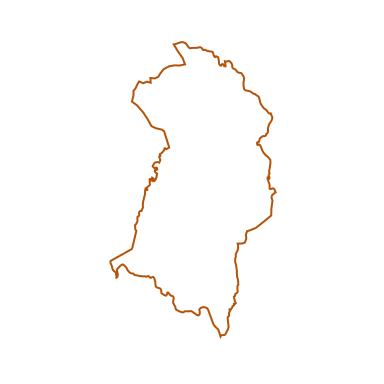 the Province of Muchinga, rotated 343°
{"feature_id": "ZMB-5511", "entity_name": "Muchinga", "entity_type": "Province", "adm_level": 1, "iso_a3": "ZMB", "parent_name": "Zambia", "parent_adm1": "", "projection": "equal_earth", "projection_center": [31.586, -11.285], "detail": "fine", "context": "isolated", "style": "outline", "palette": "amber", "viewbox_px": 384, "rotation_deg": 343, "n_neighbors": 0, "source": "natural_earth", "source_scale": "10m", "svg_char_len": 6045}
<svg xmlns="http://www.w3.org/2000/svg" viewBox="0 0 384 384"><g transform="rotate(343 192 192)"><path d="M252.7,64.2L252.8,68.2L253.0,69.1L253.5,69.7L254.2,69.2L254.7,69.2L255.8,70.4L256.3,70.7L256.3,72.5L255.4,77.4L256.0,79.3L256.7,79.6L257.8,78.7L258.5,78.5L259.0,78.9L259.4,80.4L259.6,81.1L260.7,81.6L261.2,80.4L261.4,78.3L261.7,76.6L262.8,77.3L265.6,77.5L266.6,78.5L267.3,80.2L267.5,81.1L267.6,82.1L267.5,82.9L267.0,84.1L267.2,85.1L267.6,86.0L268.9,87.1L269.5,87.9L270.2,89.7L270.6,90.6L271.2,91.3L271.9,91.7L273.7,92.6L274.1,93.2L274.9,95.9L275.2,97.8L274.8,99.2L273.3,102.3L272.3,105.5L272.1,107.3L272.0,109.0L272.7,110.3L276.9,112.7L279.7,116.1L281.0,116.8L281.9,118.4L282.9,119.3L283.6,120.5L283.7,122.6L283.4,126.4L283.6,128.1L284.9,132.3L285.3,133.1L287.1,135.3L288.1,138.4L288.9,139.6L290.3,139.8L290.3,141.6L290.6,142.9L290.7,144.0L289.9,145.7L289.1,146.7L287.1,148.6L286.5,149.0L285.8,149.5L283.3,153.2L282.5,156.0L281.9,157.2L280.9,158.0L280.1,158.2L279.2,159.4L278.5,159.8L277.7,159.8L276.1,159.3L272.7,160.5L272.1,161.2L271.1,163.1L270.4,163.7L269.8,163.7L269.2,163.5L268.8,163.7L268.3,164.9L268.3,165.9L268.7,166.3L270.0,166.1L270.7,167.0L271.1,169.1L271.4,173.2L271.9,175.2L272.6,177.1L273.5,178.8L274.7,180.3L276.3,184.1L275.8,186.2L275.1,188.1L271.6,195.3L271.5,195.8L271.7,196.5L271.6,196.9L271.3,197.3L270.5,197.7L270.3,198.1L270.2,199.0L270.3,200.8L269.9,201.7L268.6,200.3L268.1,201.3L268.3,207.1L268.3,207.9L267.9,209.2L267.2,211.3L267.4,211.8L268.2,212.2L269.9,212.1L270.8,212.3L271.5,213.3L271.7,214.4L271.9,216.8L269.4,217.6L267.4,218.7L266.4,220.7L266.4,223.9L263.0,231.3L260.9,237.6L254.1,240.5L242.6,245.0L236.2,245.6L233.2,245.6L231.1,248.5L230.3,252.5L227.7,255.9L224.7,255.9L220.6,254.7L220.5,256.1L219.8,258.9L218.9,260.4L218.8,261.0L216.2,263.6L215.6,264.5L215.0,266.5L214.6,267.3L213.8,268.4L213.6,268.8L213.4,270.2L212.9,271.1L212.8,271.7L212.8,274.6L211.7,281.3L211.2,282.1L211.0,283.8L210.6,284.8L210.4,285.4L210.4,287.7L210.1,290.8L209.9,291.5L209.5,292.9L209.2,294.3L208.5,294.7L208.0,295.2L207.6,296.3L206.8,299.3L206.6,300.6L206.2,301.2L205.1,301.8L203.5,302.2L203.4,302.8L202.5,304.1L202.3,304.2L201.7,304.2L201.4,304.5L201.4,305.9L201.2,307.0L201.1,308.3L201.1,309.7L201.4,311.0L200.0,311.8L199.4,311.4L199.2,312.1L199.0,312.5L198.6,312.8L197.6,313.0L197.3,313.2L196.8,314.0L196.1,314.7L195.0,315.5L194.2,316.2L193.8,315.2L193.5,315.2L193.3,316.8L191.9,318.8L191.4,320.8L191.1,321.3L190.7,321.6L189.7,322.0L189.4,322.5L188.5,326.4L188.1,329.1L187.5,331.7L186.3,333.8L182.3,337.8L181.5,338.2L180.5,338.1L178.6,337.6L177.5,338.0L177.0,338.5L177.0,332.9L176.8,331.0L176.2,329.9L175.1,328.2L174.1,325.7L173.8,324.4L173.0,309.6L172.8,308.6L172.5,307.7L172.3,307.4L171.6,306.7L169.6,305.5L169.0,305.3L166.4,305.4L165.0,306.2L164.6,306.6L164.4,308.8L163.9,310.4L163.4,311.3L162.7,311.7L161.4,311.7L160.8,311.1L157.0,306.2L156.4,305.6L155.1,305.5L153.7,304.9L152.7,304.8L150.6,304.0L150.3,304.0L148.7,304.5L147.8,304.4L145.8,303.1L142.7,300.2L142.4,299.7L142.2,299.2L142.5,297.2L141.6,292.7L141.6,292.3L142.3,290.3L143.3,288.7L143.5,288.0L143.5,287.0L143.4,286.4L142.9,285.8L141.9,285.2L141.0,284.2L140.7,283.5L140.0,281.5L139.5,281.0L139.0,281.2L138.4,282.2L138.0,282.7L136.9,283.5L136.4,283.3L135.7,282.8L134.3,281.3L133.3,280.0L133.3,278.9L133.8,277.0L133.8,276.4L133.6,275.6L133.1,274.7L131.3,273.6L130.6,273.0L130.1,272.3L129.9,271.6L129.9,269.7L130.5,268.0L130.6,267.2L130.7,264.2L130.6,263.1L130.3,262.4L130.1,262.0L129.8,261.8L129.2,261.7L127.8,262.0L127.5,262.0L127.0,261.7L126.7,261.3L126.2,260.2L125.7,259.6L124.7,259.5L123.9,259.7L123.0,259.5L122.3,258.9L121.4,258.5L120.2,258.4L119.0,257.6L117.8,257.3L115.0,255.6L114.1,255.3L113.0,254.7L112.7,254.4L112.2,253.2L112.0,252.8L111.0,252.5L110.2,252.0L109.4,251.4L108.7,250.5L107.6,248.1L107.2,245.5L106.3,243.3L105.4,241.9L104.6,241.0L103.2,241.2L102.1,241.5L97.8,244.0L97.5,244.5L97.3,245.2L97.0,248.7L96.6,250.1L96.2,250.9L95.8,251.4L94.6,251.8L94.6,251.6L95.2,250.9L95.5,250.0L95.2,249.4L95.5,247.6L95.5,246.8L95.1,245.9L94.1,244.5L93.7,243.5L93.5,242.4L93.7,239.3L93.4,237.1L93.3,235.9L93.6,234.9L94.1,234.1L117.1,229.1L117.9,228.7L118.7,227.8L127.3,213.1L127.4,212.7L127.1,212.1L127.0,211.4L127.0,210.5L127.5,208.7L127.5,207.6L127.7,207.1L129.2,206.3L131.1,204.3L131.7,202.9L132.0,201.4L132.4,200.1L133.3,199.6L134.0,199.5L134.4,199.2L134.7,198.7L135.2,196.7L135.5,196.0L135.9,195.4L136.4,195.1L138.2,195.4L138.4,195.2L138.9,194.3L139.2,194.1L140.4,192.7L140.7,192.0L141.1,190.3L142.2,187.4L146.3,180.5L147.2,178.2L147.6,176.7L148.1,176.1L148.5,175.8L149.2,176.8L149.9,176.9L150.1,176.3L149.1,174.9L149.9,174.8L151.0,174.1L153.3,173.2L153.8,172.8L154.2,171.3L154.7,169.1L155.3,167.4L156.3,167.4L155.8,168.3L156.2,169.0L157.2,169.4L157.9,169.1L158.0,167.5L158.2,166.8L158.8,167.4L159.1,168.2L159.1,168.9L158.9,169.6L158.5,170.3L159.6,170.3L160.4,169.8L162.6,167.2L162.7,166.4L163.4,165.5L163.9,164.2L162.7,162.3L162.5,161.7L162.5,161.1L162.9,160.4L164.8,160.5L165.6,160.0L165.4,158.5L165.0,158.1L164.6,158.1L163.8,158.5L163.2,158.4L163.0,158.2L162.6,157.2L162.0,156.3L161.9,155.8L164.1,153.7L164.8,153.2L165.7,153.0L167.6,153.3L168.6,153.7L169.2,154.3L169.6,153.8L170.5,153.0L170.9,152.5L171.1,151.8L170.9,149.0L171.1,148.5L171.4,148.4L172.2,148.3L172.4,148.1L172.3,147.7L172.0,147.1L172.2,146.5L172.7,146.2L174.1,146.0L175.0,145.6L176.7,144.4L177.4,144.1L177.7,143.8L178.1,142.6L178.6,142.2L179.2,142.4L180.0,143.6L183.2,142.8L183.1,125.7L181.4,123.5L176.3,120.6L172.5,117.2L170.8,109.2L168.6,101.7L164.8,93.1L161.0,88.0L164.4,82.3L165.6,78.2L168.2,76.5L171.2,73.1L173.7,70.8L177.1,73.7L181.0,73.3L184.4,75.4L185.6,70.8L189.5,72.5L193.3,72.0L196.7,69.1L200.9,66.2L206.9,65.1L212.0,65.7L217.1,67.4L222.6,67.9L222.2,61.1L219.7,53.6L217.7,45.5L218.8,45.7L225.4,45.5L227.4,46.2L229.3,47.8L229.8,48.8L230.8,51.9L231.5,53.4L232.2,54.0L234.1,54.2L238.5,55.5L242.1,55.9L242.8,56.4L243.5,57.4L243.7,57.9L243.8,58.9L244.1,59.4L244.5,59.6L245.4,59.5L245.7,59.6L248.1,61.7L251.9,63.6L252.7,64.2Z" fill="none" stroke="#b45309" stroke-width="2"/></g></svg>